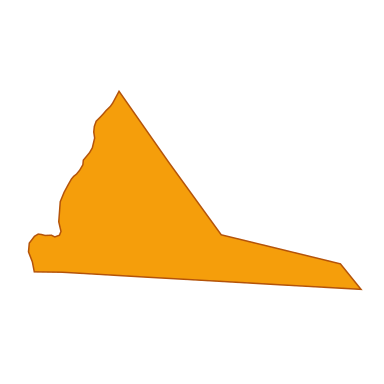 Alto do Rodrigues, Rio Grande do Norte, Brazil, rotated 358°
{"feature_id": "56859067B38612658139094", "entity_name": "Alto do Rodrigues", "entity_type": "district", "adm_level": 2, "iso_a3": "BRA", "parent_name": "Brazil", "parent_adm1": "Rio Grande do Norte", "projection": "equal_earth", "projection_center": [-36.771, -5.342], "detail": "fine", "context": "isolated", "style": "filled", "palette": "amber", "viewbox_px": 384, "rotation_deg": 358, "n_neighbors": 0, "source": "geoboundaries", "source_scale": "gbopen_adm2", "svg_char_len": 679}
<svg xmlns="http://www.w3.org/2000/svg" viewBox="0 0 384 384"><g transform="rotate(358 192 192)"><path d="M357.5,295.2L337.8,269.0L219.7,235.8L169.7,161.4L122.6,88.8L115.9,100.3L113.4,103.6L109.0,107.6L105.9,111.0L102.9,114.0L98.7,117.9L96.7,123.0L95.9,128.6L96.6,134.7L93.9,144.5L91.0,149.1L84.5,156.4L83.9,161.0L80.6,166.2L77.2,170.1L74.3,172.2L71.9,174.9L68.4,180.6L64.2,187.8L60.0,197.1L57.8,217.1L58.7,221.8L59.7,226.8L58.0,230.6L53.3,232.1L50.0,230.3L43.6,230.3L40.0,229.2L36.8,228.7L33.0,230.8L27.6,237.4L26.5,246.1L30.0,256.2L31.6,266.3L58.7,267.6L63.3,268.0L143.3,275.5L171.9,278.1L277.6,287.9L357.5,295.2Z" fill="#f59e0b" stroke="#b45309" stroke-width="1.5"/></g></svg>